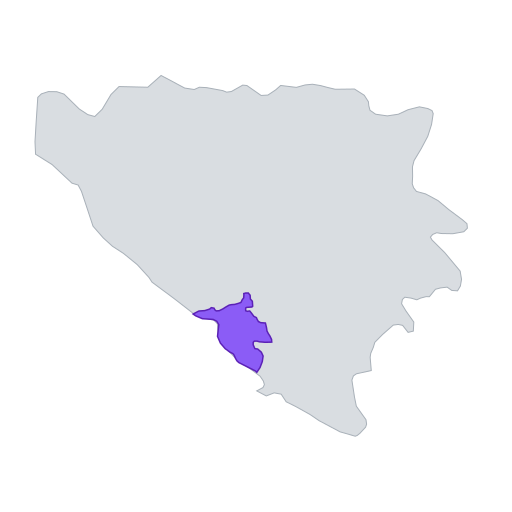 where West Herzegovina sits in Bosnia and Herzegovina, rotated 356°
{"feature_id": "BIH-2227", "entity_name": "West Herzegovina", "entity_type": "Canton", "adm_level": 1, "iso_a3": "BIH", "parent_name": "Bosnia and Herzegovina", "parent_adm1": "", "projection": "robinson", "projection_center": [17.518, 43.363], "detail": "fine", "context": "in_parent", "style": "filled", "palette": "violet", "viewbox_px": 512, "rotation_deg": 356, "n_neighbors": 0, "source": "natural_earth", "source_scale": "10m", "svg_char_len": 3138}
<svg xmlns="http://www.w3.org/2000/svg" viewBox="0 0 512 512"><g transform="rotate(356 256 256)"><path d="M441.7,123.2L442.7,126.3L440.3,137.0L435.7,148.6L428.2,160.6L420.3,171.9L418.3,177.9L417.8,187.4L416.9,194.9L418.0,199.0L420.6,202.8L429.5,205.9L441.4,213.4L451.6,223.2L464.6,234.4L468.7,238.5L468.8,243.0L465.0,246.3L453.9,247.5L442.4,246.5L437.9,245.4L433.8,246.8L431.3,249.3L432.7,252.3L444.6,265.9L458.6,285.3L459.4,293.6L457.8,300.2L454.6,304.8L448.9,304.0L444.5,300.4L437.9,300.7L432.7,301.7L426.1,308.7L422.8,308.4L417.1,309.5L413.4,310.9L407.7,308.8L401.6,307.5L399.0,309.6L397.9,313.8L401.7,321.2L408.8,332.9L407.7,341.9L402.4,342.8L397.4,335.4L393.1,334.2L388.1,334.5L376.8,343.1L368.5,350.4L366.6,355.4L363.7,361.0L362.8,365.0L363.0,378.3L348.0,380.5L344.8,382.4L343.0,386.5L344.4,403.6L345.6,412.8L354.3,427.0L354.6,431.5L353.4,434.4L347.3,440.1L344.4,442.1L342.4,442.7L332.4,439.0L327.6,437.3L307.5,424.7L298.6,417.7L284.6,408.6L275.9,403.5L271.5,395.6L264.6,393.8L256.5,396.3L247.3,390.6L253.8,387.7L255.4,384.9L254.6,381.2L251.7,376.2L226.9,354.8L214.8,340.1L212.8,334.8L212.7,320.8L209.8,317.4L191.7,311.0L171.4,292.8L150.5,274.9L147.7,269.9L137.0,256.4L123.9,244.1L113.5,236.3L104.9,227.3L95.5,214.9L90.7,196.0L86.4,179.3L83.5,172.8L77.5,170.5L59.0,150.6L43.2,139.1L43.5,126.6L46.2,105.8L49.4,82.5L53.2,79.3L60.4,77.5L68.7,78.2L75.8,81.1L89.9,97.0L98.0,103.2L104.9,105.6L112.8,98.9L122.6,84.8L131.2,77.4L159.8,80.1L173.9,69.3L196.6,83.5L206.0,85.6L211.3,83.7L218.5,84.6L234.4,88.7L238.1,90.5L242.9,90.2L254.7,84.6L258.8,85.3L272.3,96.2L279.1,96.3L287.3,91.6L292.5,87.6L308.0,90.6L316.9,88.8L324.3,88.6L332.3,90.5L339.6,93.0L346.7,95.2L365.9,96.3L375.2,103.2L378.9,110.0L379.0,114.1L379.9,118.6L385.2,122.9L396.8,125.4L404.1,124.8L407.9,124.5L417.8,120.7L429.4,118.6L437.7,120.9L441.7,123.2Z" fill="#d9dde1" stroke="#a8b0b8" stroke-width="1"/><path d="M232.4,361.7L231.4,361.1L229.7,359.3L228.4,356.7L227.4,353.9L226.7,352.4L225.5,351.4L223.3,350.1L218.8,346.3L214.4,340.4L212.0,333.5L214.1,321.9L212.3,318.4L208.9,316.3L198.1,314.8L191.7,311.5L189.2,309.5L194.2,307.3L195.3,306.9L201.1,306.9L206.1,305.7L207.8,304.4L210.5,305.1L211.2,306.8L212.5,308.0L215.5,308.0L219.4,306.4L222.1,304.9L225.8,303.1L228.3,302.8L231.4,302.8L235.2,302.0L237.7,301.3L239.2,298.7L240.8,296.9L241.2,294.0L241.2,292.6L241.8,292.5L243.1,292.2L245.6,292.4L245.8,292.4L246.5,293.5L247.4,294.7L247.4,297.3L247.4,298.6L248.4,299.8L249.2,300.9L249.2,303.7L249.2,305.9L248.9,306.1L248.4,306.6L246.8,306.6L244.4,306.6L243.1,306.6L242.3,307.0L242.1,307.1L241.9,309.0L241.9,309.9L243.5,310.6L244.2,310.5L245.9,310.4L247.6,312.8L249.6,316.0L252.1,317.5L252.7,319.3L253.9,321.7L254.2,321.7L255.9,322.8L260.7,323.5L261.1,325.9L261.4,327.8L261.5,328.4L261.7,331.1L261.7,331.5L263.0,334.5L264.1,336.4L264.3,336.8L264.5,337.3L265.7,340.3L265.7,343.0L265.3,343.0L259.0,342.7L255.9,342.2L253.6,341.9L251.1,341.0L248.4,340.8L247.2,341.9L247.0,344.3L247.3,345.2L248.4,348.3L248.7,348.4L251.2,348.9L254.6,352.3L254.8,352.8L256.1,356.3L254.9,361.8L252.2,367.6L248.7,372.1L247.6,370.8L232.4,361.7Z" fill="#8b5cf6" stroke="#5b21b6" stroke-width="1.5"/></g></svg>